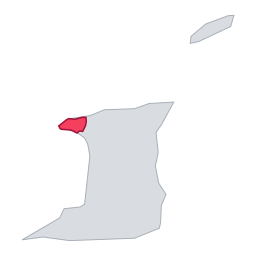 where Diego Martin sits in Trinidad and Tobago
{"feature_id": "TTO-51", "entity_name": "Diego Martin", "entity_type": "Region", "adm_level": 1, "iso_a3": "TTO", "parent_name": "Trinidad and Tobago", "parent_adm1": "", "projection": "natural_earth1", "projection_center": [-61.564, 10.711], "detail": "fine", "context": "in_parent", "style": "filled", "palette": "rose", "viewbox_px": 256, "rotation_deg": 0, "n_neighbors": 0, "source": "natural_earth", "source_scale": "10m", "svg_char_len": 848}
<svg xmlns="http://www.w3.org/2000/svg" viewBox="0 0 256 256"><path d="M159.4,228.2L134.5,238.2L69.6,240.6L42.8,237.0L22.1,239.8L59.7,217.9L64.1,208.7L80.0,207.0L84.6,204.2L89.9,155.9L87.8,144.4L84.6,138.0L78.2,133.5L63.7,127.2L61.3,123.9L70.4,118.6L89.9,115.6L104.4,109.8L134.5,108.7L149.1,103.5L173.8,102.1L161.7,124.2L156.0,132.5L158.2,152.5L155.4,166.0L158.7,183.2L166.0,194.4L161.3,205.5L160.6,222.2L159.4,228.2ZM198.5,41.6L190.2,43.4L191.1,36.3L205.7,24.0L228.1,15.7L233.9,15.4L230.7,26.4L198.5,41.6Z" fill="#d9dde1" stroke="#a8b0b8" stroke-width="1"/><path d="M76.9,133.0L72.6,130.7L69.3,129.9L61.5,129.3L60.5,128.9L59.7,128.0L58.8,125.9L66.7,119.6L68.8,118.6L75.1,119.2L82.1,117.3L86.0,117.4L86.0,118.1L86.3,121.8L85.4,126.0L82.7,131.4L80.5,131.1L79.2,131.2L77.6,132.7L76.9,133.0Z" fill="#f43f5e" stroke="#9f1239" stroke-width="1.5"/></svg>